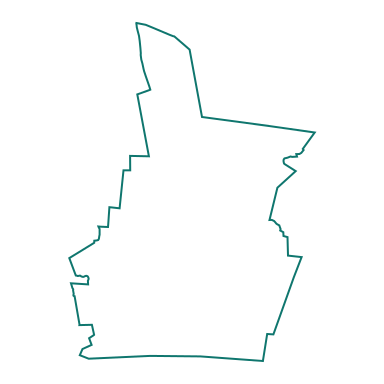 outline of Dochia, Neamt, Romania
{"feature_id": "2599482B13040618624692", "entity_name": "Dochia", "entity_type": "district", "adm_level": 2, "iso_a3": "ROU", "parent_name": "Romania", "parent_adm1": "Neamt", "projection": "orthographic", "projection_center": [26.567, 46.923], "detail": "fine", "context": "isolated", "style": "outline", "palette": "teal", "viewbox_px": 384, "rotation_deg": 0, "n_neighbors": 0, "source": "geoboundaries", "source_scale": "gbopen_adm2", "svg_char_len": 1609}
<svg xmlns="http://www.w3.org/2000/svg" viewBox="0 0 384 384"><path d="M79.4,325.1L91.9,324.8L94.1,334.8L93.8,335.1L89.1,338.2L91.6,344.9L82.5,349.0L79.8,355.2L88.7,358.7L150.2,355.9L200.3,356.4L262.9,361.0L267.0,335.1L267.2,334.0L273.4,334.4L293.8,277.3L301.6,257.1L288.0,255.6L287.5,237.1L283.5,236.0L283.3,232.2L280.2,230.5L280.6,229.1L279.8,226.9L279.3,225.4L277.1,224.2L276.3,223.6L275.2,222.2L274.1,221.0L271.8,219.9L269.5,220.0L277.4,187.7L295.7,171.1L284.8,164.2L284.1,163.6L283.8,162.7L283.5,160.9L283.7,159.5L284.5,158.4L287.5,157.7L290.5,156.5L292.2,156.9L297.0,156.6L296.3,154.1L299.4,154.0L301.3,152.9L303.6,150.0L302.8,148.9L314.7,132.5L269.7,126.1L202.0,117.0L189.6,49.6L174.3,36.4L173.2,36.2L169.6,34.8L152.5,27.6L145.7,24.8L136.4,23.0L136.3,23.4L136.6,25.2L136.8,27.3L137.7,31.0L139.0,35.9L139.7,41.0L140.4,48.0L140.8,53.2L140.7,55.0L141.3,59.6L142.4,63.5L143.5,68.7L144.1,71.2L145.8,76.3L146.7,78.9L148.3,83.5L149.4,86.7L150.3,89.7L150.1,89.8L137.3,94.4L148.9,156.3L130.1,155.9L130.2,170.3L123.5,170.3L119.6,208.3L111.5,207.4L109.4,207.2L108.2,224.6L108.0,227.0L100.7,226.7L98.4,226.5L98.7,227.3L99.6,229.0L99.6,234.8L99.3,236.0L98.9,238.8L98.2,240.0L96.9,240.4L95.3,240.6L94.3,240.7L94.2,242.4L94.2,242.8L69.3,258.1L75.8,275.5L76.6,275.6L77.6,276.0L78.7,275.9L79.3,275.7L80.0,275.6L80.5,275.9L81.5,276.5L83.0,276.9L83.7,276.8L85.1,276.1L86.2,275.8L87.5,276.2L88.1,277.0L88.6,278.3L88.5,279.4L87.9,280.8L88.1,284.4L71.0,283.3L72.4,288.0L73.2,289.3L73.1,290.4L73.7,293.8L73.4,295.1L73.5,295.7L74.0,296.1L74.6,296.2L79.5,324.5L79.4,325.1Z" fill="none" stroke="#0f766e" stroke-width="2"/></svg>